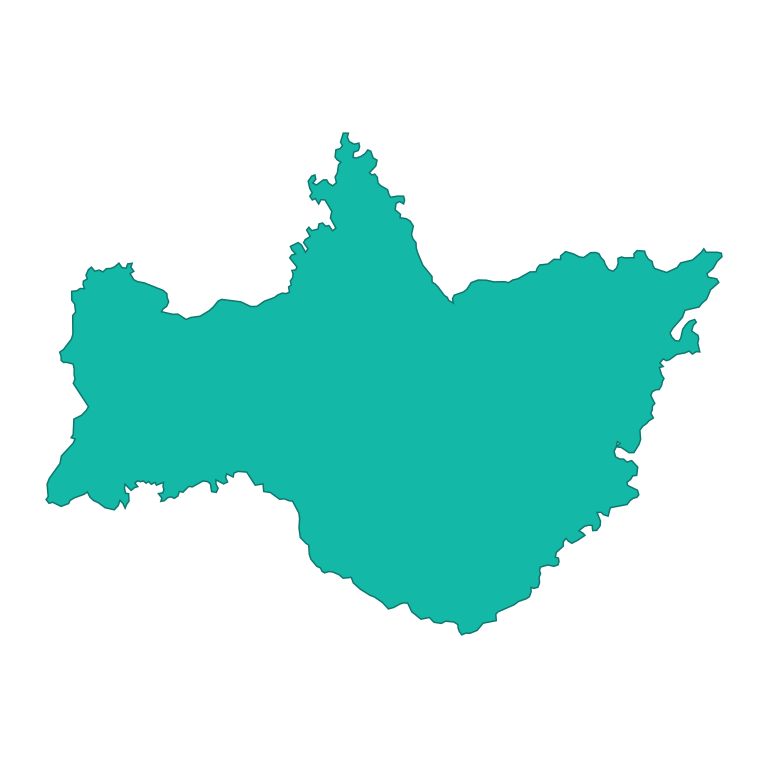 Pitanga, Paraná, Brazil
{"feature_id": "56859067B90114690240783", "entity_name": "Pitanga", "entity_type": "district", "adm_level": 2, "iso_a3": "BRA", "parent_name": "Brazil", "parent_adm1": "Paraná", "projection": "mercator", "projection_center": [-51.781, -24.675], "detail": "fine", "context": "isolated", "style": "filled", "palette": "teal", "viewbox_px": 768, "rotation_deg": 0, "n_neighbors": 0, "source": "geoboundaries", "source_scale": "gbopen_adm2", "svg_char_len": 6079}
<svg xmlns="http://www.w3.org/2000/svg" viewBox="0 0 768 768"><path d="M616.3,446.8L621.3,447.5L629.0,452.7L633.9,452.6L639.0,444.4L640.6,439.5L639.9,430.2L642.6,426.4L646.7,423.4L648.9,420.8L653.4,418.0L650.8,413.2L652.3,409.9L652.4,406.2L654.8,403.5L650.8,395.4L652.3,391.7L655.8,389.8L659.2,389.5L661.6,385.4L662.4,381.4L664.0,378.6L661.7,375.1L659.4,367.5L663.2,366.5L659.9,362.9L663.2,358.9L666.4,360.7L669.6,359.6L676.7,354.4L684.6,353.0L689.2,351.1L692.3,354.1L696.3,351.6L699.8,351.9L697.7,343.2L698.7,338.9L698.0,335.4L691.7,331.0L693.2,325.4L696.3,322.3L694.7,319.5L689.3,321.3L685.8,324.8L682.8,329.1L680.8,338.0L679.0,341.1L675.2,340.6L671.9,337.2L670.0,333.0L673.0,328.0L682.4,317.4L684.9,310.3L699.1,307.0L701.7,303.5L706.6,299.2L710.6,289.7L718.8,282.5L716.7,278.8L708.2,277.2L706.9,273.7L713.2,268.3L717.2,261.2L721.9,256.8L721.4,253.2L717.8,252.3L706.2,252.3L703.8,248.8L701.1,252.5L692.4,260.1L680.6,262.9L677.2,267.6L666.6,272.5L654.5,268.4L652.9,265.4L652.1,261.4L648.3,259.1L645.9,255.3L644.6,251.1L636.9,250.6L633.9,253.9L634.2,257.6L625.1,257.9L621.4,257.0L617.9,258.4L618.2,263.3L616.7,267.8L613.1,271.3L608.5,269.5L605.4,264.8L603.8,260.5L601.1,257.7L598.8,253.6L595.6,252.5L590.5,252.7L583.9,257.5L579.5,257.0L573.4,253.9L565.6,251.6L560.6,255.9L560.6,259.5L553.9,259.3L548.0,264.0L539.7,265.0L537.4,267.9L536.0,271.8L530.1,271.9L517.8,278.8L512.7,280.0L508.7,282.6L504.5,281.7L493.9,281.9L486.3,280.2L478.2,280.0L471.2,282.6L466.8,289.4L463.3,292.0L454.2,295.2L452.5,298.8L453.4,303.2L448.7,300.4L447.3,297.4L444.3,295.4L438.3,287.3L435.4,284.2L432.1,282.1L432.0,276.5L422.8,265.2L417.6,252.7L416.2,247.8L416.0,242.7L412.9,238.7L411.5,234.6L413.3,226.1L410.2,221.1L406.3,218.7L400.0,217.7L400.5,214.3L395.2,209.9L396.0,203.4L399.7,201.5L403.6,203.9L404.6,200.1L403.6,196.2L397.4,196.1L390.6,197.3L389.0,194.7L387.6,189.7L380.5,185.6L378.0,182.9L377.3,177.3L374.7,174.1L371.9,175.0L369.4,172.8L375.9,165.8L377.0,160.1L373.1,157.9L370.8,151.2L367.8,149.9L365.1,153.6L361.0,156.4L356.2,158.1L353.1,157.3L353.7,152.1L358.3,150.5L359.6,146.8L358.9,143.1L354.2,144.2L349.3,141.6L347.3,137.2L348.4,133.2L343.3,133.1L340.5,142.1L342.5,145.6L340.1,148.7L335.9,149.8L335.1,157.1L337.3,159.9L340.9,162.1L338.5,164.9L337.3,173.1L335.1,176.9L336.4,182.7L332.8,185.8L328.6,183.3L326.7,179.9L323.3,179.9L316.5,185.0L312.8,183.1L315.8,179.3L314.9,174.9L311.7,176.1L308.2,181.2L309.8,188.4L312.2,192.8L309.8,196.2L312.3,200.0L315.3,198.5L318.7,204.0L320.9,199.7L325.0,199.9L331.8,211.4L330.4,217.9L335.9,228.1L332.6,230.8L328.9,225.5L325.6,226.3L322.6,223.0L319.0,223.9L318.0,229.1L311.7,230.6L308.9,227.2L306.6,230.0L310.2,236.5L305.2,239.6L303.6,242.6L308.0,248.8L305.5,252.3L301.5,245.0L298.2,242.6L290.4,246.4L292.0,250.0L295.6,254.0L291.6,255.1L289.7,257.8L297.0,267.1L295.6,269.9L291.9,270.4L293.0,273.7L292.8,277.5L290.3,281.0L291.3,285.2L288.6,286.8L289.4,292.2L286.2,293.6L282.2,293.1L277.7,295.0L274.3,297.6L264.5,301.1L256.9,306.4L250.6,306.5L240.7,301.8L221.6,299.4L218.1,301.1L213.3,307.0L209.2,310.7L200.2,316.2L190.7,317.5L186.1,319.5L177.9,314.1L172.6,314.3L161.5,311.7L163.1,308.9L166.6,306.4L168.7,301.8L167.1,297.3L166.9,293.7L163.2,290.4L144.3,282.9L137.4,281.6L133.8,279.7L130.1,273.6L133.8,271.3L130.8,267.1L132.2,263.3L127.7,263.9L126.1,268.3L121.9,267.5L118.9,263.1L114.7,266.8L110.9,268.4L106.3,268.7L103.0,271.9L99.3,270.1L94.7,271.1L91.4,267.1L88.4,269.7L86.0,275.1L87.4,278.9L83.3,281.2L83.1,284.7L84.6,288.6L80.1,288.5L76.8,290.8L71.7,291.3L71.8,300.3L74.6,303.9L75.6,312.1L72.7,315.5L72.9,334.2L71.4,339.1L63.5,349.5L59.7,352.1L61.1,356.3L61.1,360.3L63.5,362.4L66.9,362.4L73.1,364.0L74.2,368.8L74.1,374.5L75.0,379.0L73.3,383.4L88.5,406.7L86.3,410.4L81.7,415.2L73.9,419.1L73.2,434.6L71.1,437.7L75.1,438.9L73.1,443.3L61.4,456.0L60.0,463.5L49.4,478.2L47.1,484.1L48.2,496.6L46.1,499.6L49.0,503.3L52.7,502.3L61.1,506.4L68.7,503.5L70.0,500.5L74.2,497.9L84.1,494.3L87.4,492.0L90.0,497.2L93.7,500.6L98.0,502.5L105.1,507.7L114.3,509.8L118.2,505.6L120.0,500.3L123.0,503.6L125.1,508.2L126.6,504.5L129.0,501.1L128.6,493.7L125.5,493.2L124.5,488.1L125.0,484.1L131.1,490.4L134.6,487.6L137.8,486.6L134.9,483.0L137.5,480.9L140.5,481.7L143.3,480.9L146.1,483.2L148.5,481.5L151.3,484.3L155.0,482.4L156.4,485.2L163.5,482.4L163.0,486.6L163.9,489.7L162.8,492.8L158.4,493.6L161.9,498.1L160.8,501.4L164.4,500.7L167.7,497.7L171.1,496.8L174.2,498.4L177.9,496.0L179.3,491.5L183.0,492.2L188.8,486.4L192.3,486.9L202.9,481.0L207.4,481.5L210.4,483.8L211.6,491.6L216.3,492.4L218.1,488.3L216.0,484.1L215.9,479.9L223.6,483.9L227.6,482.0L225.6,477.3L226.6,473.8L233.2,477.0L233.9,473.1L238.0,471.4L246.7,472.1L255.2,485.2L263.0,483.9L263.7,491.5L270.4,492.5L279.7,499.3L284.3,498.8L288.9,500.7L292.5,501.1L298.9,513.1L299.6,518.5L299.0,528.0L300.3,537.5L305.9,543.3L308.7,545.0L309.3,554.4L310.9,559.2L316.8,566.3L320.4,567.9L322.0,571.2L324.5,572.9L328.6,571.6L332.5,571.9L339.1,574.7L343.1,578.2L351.3,577.4L353.3,582.9L360.6,589.4L370.2,595.4L374.3,596.9L382.5,602.5L388.4,608.9L393.6,607.5L400.4,603.8L403.8,602.9L407.7,603.1L411.7,611.7L421.0,619.2L429.4,617.5L434.0,622.3L441.4,623.4L445.5,621.2L453.9,622.0L457.9,624.6L458.2,628.5L459.4,631.6L461.8,634.9L465.7,633.1L469.9,633.3L477.1,630.4L483.1,623.2L496.3,620.6L495.8,614.3L497.9,611.9L514.2,604.7L518.6,601.4L526.2,598.8L529.4,596.7L531.1,591.8L530.9,587.4L533.9,588.4L537.9,587.3L539.5,582.9L539.2,577.1L540.6,573.7L539.5,570.5L540.4,567.1L547.9,565.0L553.9,566.3L558.0,564.9L559.0,561.6L558.4,558.1L555.3,557.2L556.3,552.4L563.2,546.2L563.4,541.7L566.0,538.4L568.5,541.2L571.8,543.3L577.8,540.2L585.0,535.3L582.7,532.9L578.9,530.7L584.5,526.3L589.0,525.1L592.2,525.5L592.7,530.6L596.7,530.4L600.1,525.8L600.5,521.1L597.0,512.5L601.1,512.3L603.6,514.7L608.1,516.1L610.3,507.7L627.1,504.5L629.9,500.7L633.1,498.3L636.9,497.3L638.8,494.8L637.5,490.2L627.7,485.5L626.9,482.4L630.6,479.4L632.8,475.8L636.7,475.4L637.7,467.1L631.7,460.6L626.9,462.1L623.7,459.1L619.8,459.0L615.6,456.9L614.1,451.3L616.3,446.8ZM616.3,446.8L617.4,441.7L620.1,443.6L616.3,446.8Z" fill="#14b8a6" stroke="#0f766e" stroke-width="1.5"/></svg>